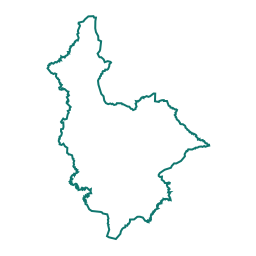 outline of Mueang Trang, Trang, Thailand, rotated 271°
{"feature_id": "78962969B27556566790630", "entity_name": "Mueang Trang", "entity_type": "district", "adm_level": 2, "iso_a3": "THA", "parent_name": "Thailand", "parent_adm1": "Trang", "projection": "orthographic", "projection_center": [99.629, 7.592], "detail": "fine", "context": "isolated", "style": "outline", "palette": "teal", "viewbox_px": 256, "rotation_deg": 271, "n_neighbors": 0, "source": "geoboundaries", "source_scale": "gbopen_adm2", "svg_char_len": 5706}
<svg xmlns="http://www.w3.org/2000/svg" viewBox="0 0 256 256"><g transform="rotate(271 128 128)"><path d="M71.8,71.7L71.5,72.8L70.7,72.3L70.0,74.3L71.4,76.7L71.2,77.5L69.1,78.8L68.5,78.2L68.8,76.9L68.2,76.9L67.0,77.4L66.6,78.0L67.6,78.8L67.5,79.4L65.1,79.6L65.9,82.7L64.8,84.3L67.1,82.8L67.5,83.1L66.8,85.0L65.6,85.8L66.0,86.2L67.2,86.0L67.7,86.5L67.5,88.0L65.3,90.4L66.2,91.9L63.9,91.7L62.1,92.3L62.0,90.3L61.4,90.0L60.9,90.6L61.3,88.7L60.8,88.7L59.4,90.0L58.4,88.8L59.5,88.4L60.1,86.9L58.8,86.5L58.4,86.8L57.8,86.0L58.3,85.4L56.9,85.4L57.0,84.7L56.2,84.6L55.9,85.2L54.9,85.3L55.5,86.8L54.4,87.2L53.5,86.5L53.1,87.1L52.8,86.6L51.1,86.9L50.7,88.3L46.1,90.6L44.4,93.2L43.6,102.3L43.2,103.4L42.1,104.3L41.3,108.8L37.0,110.1L36.2,109.5L34.0,109.9L32.0,109.4L31.0,110.3L30.3,109.9L26.0,111.0L19.5,108.9L18.4,110.8L16.8,117.8L22.0,122.2L24.6,122.7L27.0,124.0L28.0,125.1L28.7,127.0L30.5,127.1L30.3,129.0L32.1,129.7L32.2,130.5L34.1,131.5L36.5,131.6L36.7,135.7L39.4,138.9L39.5,141.5L38.7,144.4L35.5,146.8L35.3,148.6L34.3,149.0L34.2,149.8L34.9,149.4L34.8,150.0L35.8,149.8L35.6,150.4L36.1,150.7L35.6,150.9L36.1,151.3L35.8,152.1L37.0,152.6L38.1,152.4L38.4,151.9L38.8,152.5L40.4,152.3L42.0,152.7L41.9,153.4L42.7,153.7L42.2,153.9L42.6,154.4L44.0,154.6L44.2,155.3L45.2,155.1L45.6,156.4L46.7,156.5L48.1,159.5L48.4,159.0L48.0,158.5L50.3,159.2L50.2,158.4L51.3,158.4L51.6,159.4L52.4,159.5L52.9,161.4L53.2,160.6L54.2,162.6L55.2,162.3L55.2,163.1L56.2,163.1L57.0,164.5L57.9,164.6L57.3,166.3L57.7,166.4L57.8,168.3L56.6,169.9L57.1,170.1L56.6,171.9L57.6,171.7L57.8,171.2L58.5,171.3L58.6,170.8L59.7,170.9L61.2,169.8L62.5,170.5L63.2,170.3L63.7,171.0L64.2,170.7L64.5,171.1L64.4,170.2L65.0,169.9L64.8,169.4L66.0,169.8L67.1,169.4L67.6,170.6L68.2,170.5L69.7,168.6L71.7,167.8L72.6,168.2L73.1,170.5L73.9,170.7L74.3,169.8L73.6,168.0L73.7,165.7L75.3,165.0L76.9,162.6L80.0,162.8L79.6,160.9L80.5,159.6L81.7,159.5L83.5,160.6L86.9,165.4L89.0,171.6L90.9,172.5L93.4,174.7L93.4,176.9L96.0,181.6L100.7,185.4L102.8,185.1L106.1,186.9L105.9,187.8L107.7,188.6L107.6,192.5L108.9,195.0L108.7,195.6L109.5,196.0L109.6,197.9L110.5,199.3L110.8,201.7L110.4,202.8L111.3,204.5L110.6,205.6L111.3,207.6L112.3,208.0L111.6,208.6L111.8,209.5L112.7,209.3L112.8,207.8L114.1,207.0L114.1,205.7L116.2,204.5L116.0,203.6L117.3,202.9L116.9,201.0L117.4,199.7L118.3,199.7L117.7,198.1L119.0,198.0L120.8,196.0L121.6,196.5L122.4,195.9L123.4,193.9L122.9,193.6L123.8,192.4L123.5,192.0L124.4,191.6L124.5,190.6L125.2,190.3L125.0,189.6L126.7,188.7L127.3,187.3L127.9,187.2L129.4,185.4L130.5,185.4L131.3,184.9L132.7,182.8L132.8,180.7L133.3,179.9L134.4,179.8L135.4,178.7L136.1,178.6L137.4,176.6L138.7,176.4L139.6,175.5L140.2,175.7L141.8,174.5L142.9,175.6L144.2,175.1L145.3,176.1L146.9,176.7L147.5,175.8L147.3,174.8L148.6,172.7L148.4,172.3L148.9,172.2L149.2,170.1L150.4,169.8L151.0,168.3L155.7,166.5L155.6,163.4L156.5,163.3L156.4,161.5L155.5,158.8L154.6,158.4L155.2,154.5L162.9,154.6L162.9,152.9L160.2,149.6L159.5,147.9L160.2,146.1L159.0,143.7L159.2,143.1L158.5,143.0L159.0,142.4L158.5,142.1L158.7,141.1L157.5,140.1L156.8,140.1L155.4,138.6L155.3,137.7L154.7,137.5L155.0,135.6L154.1,136.0L152.7,135.7L152.5,135.2L149.5,136.2L148.4,135.3L147.1,135.2L146.0,132.8L147.2,131.7L147.3,130.5L149.3,129.0L149.5,127.2L151.7,122.7L151.6,121.8L152.6,121.2L152.6,116.4L151.4,115.9L150.8,113.7L152.0,112.1L151.5,111.4L152.2,109.9L151.5,107.8L152.5,105.5L155.0,103.8L159.3,103.0L161.6,100.7L170.8,97.7L174.8,97.2L176.7,98.0L177.2,98.9L178.3,98.9L179.4,99.3L179.6,100.0L181.5,100.2L181.9,101.5L183.6,101.5L184.4,101.9L184.6,103.8L186.0,104.2L185.9,106.2L186.7,107.1L189.4,108.2L191.3,108.2L193.1,109.9L193.8,109.4L194.5,106.6L193.4,103.6L196.1,102.5L198.3,100.0L198.2,98.6L198.7,97.9L201.9,96.3L204.4,98.3L206.0,98.8L214.3,99.6L215.5,96.8L219.3,96.6L223.3,94.3L227.1,93.5L234.3,93.5L237.8,94.0L237.8,92.2L239.2,91.5L238.9,86.4L235.9,83.1L233.7,81.5L232.5,76.9L231.4,76.7L230.7,77.6L229.3,78.2L225.0,76.4L223.6,76.2L222.0,76.9L220.9,75.6L217.3,77.1L214.6,76.3L214.9,75.1L213.5,73.4L213.0,73.6L211.4,72.3L210.5,72.3L210.6,71.5L209.8,71.6L209.4,70.5L208.5,69.8L208.9,68.3L208.4,69.1L207.4,69.2L205.8,68.2L205.0,68.6L203.1,68.3L203.0,66.8L201.4,67.7L201.3,66.7L199.8,66.2L199.2,64.7L197.5,63.6L198.2,63.0L197.6,61.7L198.4,60.1L197.3,60.3L197.1,59.7L195.8,59.1L195.0,59.5L195.3,58.7L194.5,58.9L194.6,58.0L193.5,58.0L193.8,57.3L193.5,56.6L192.3,55.6L192.7,54.1L191.0,52.3L191.7,50.3L191.0,49.9L190.9,48.8L190.4,48.2L189.6,48.5L189.0,47.1L187.6,47.5L186.3,46.5L181.6,50.4L181.6,51.1L180.7,52.5L181.3,53.9L180.7,55.4L178.4,55.0L176.6,56.2L176.3,57.2L175.6,57.2L174.9,58.4L172.8,58.4L171.6,59.7L171.1,59.2L170.3,59.6L169.9,61.0L168.0,60.0L167.2,58.5L165.5,59.0L165.1,60.8L166.3,61.2L166.6,62.0L165.5,62.5L165.9,63.9L163.6,66.6L163.3,67.8L161.8,67.3L160.6,67.9L160.2,67.3L159.4,68.2L157.8,66.3L155.3,67.7L154.2,67.2L153.8,68.0L152.8,67.3L153.0,66.4L151.9,66.2L148.0,70.3L147.0,69.4L145.1,69.6L144.0,67.5L142.3,68.5L140.7,67.5L136.1,66.6L135.4,64.5L136.3,63.1L132.9,60.9L132.0,61.6L132.4,63.2L127.9,63.5L126.0,63.0L125.6,61.1L123.1,61.1L122.5,61.9L121.2,61.9L119.1,61.3L118.2,59.8L117.3,60.1L116.5,59.4L115.9,59.9L114.7,59.0L113.2,59.1L111.9,60.1L110.5,59.9L109.9,61.9L111.2,63.7L108.6,65.3L107.1,67.7L102.1,67.5L101.3,68.8L100.5,69.1L100.5,70.4L99.7,72.6L96.5,73.2L96.3,74.0L95.2,73.9L94.2,74.8L92.2,74.2L90.5,74.7L88.9,74.0L87.8,74.6L87.9,75.5L86.0,75.9L86.1,76.9L85.0,77.1L85.4,77.4L85.1,78.0L84.5,77.4L83.4,77.9L83.1,78.7L82.2,77.7L81.4,75.8L80.5,75.8L80.6,75.2L80.0,75.1L80.9,74.6L79.9,73.9L79.9,73.3L78.5,72.2L77.7,72.3L77.5,71.9L78.2,71.6L76.6,71.8L76.0,73.3L75.5,73.0L75.6,71.9L75.0,71.4L74.2,71.6L73.6,70.9L73.3,71.8L72.8,71.2L72.2,72.2L71.8,71.7Z" fill="none" stroke="#0f766e" stroke-width="2"/></g></svg>